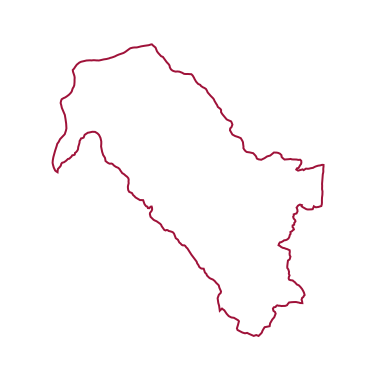 the district of Vitória do Xingu, Pará, Brazil, rotated 352°
{"feature_id": "56859067B39122810620309", "entity_name": "Vitória do Xingu", "entity_type": "district", "adm_level": 2, "iso_a3": "BRA", "parent_name": "Brazil", "parent_adm1": "Pará", "projection": "robinson", "projection_center": [-51.962, -3.173], "detail": "fine", "context": "isolated", "style": "outline", "palette": "rose", "viewbox_px": 384, "rotation_deg": 352, "n_neighbors": 0, "source": "geoboundaries", "source_scale": "gbopen_adm2", "svg_char_len": 5992}
<svg xmlns="http://www.w3.org/2000/svg" viewBox="0 0 384 384"><g transform="rotate(352 192 192)"><path d="M203.0,313.4L205.5,311.6L206.6,312.8L207.5,313.6L209.4,317.5L211.1,320.0L213.5,321.7L216.0,322.4L219.8,325.4L220.5,326.5L219.0,330.1L217.5,333.3L217.9,335.0L222.4,338.2L224.8,339.3L227.0,339.2L228.7,340.4L233.1,343.1L235.7,342.6L237.9,343.8L240.6,341.8L241.6,340.9L242.5,339.2L243.9,337.4L245.1,336.0L250.2,335.7L251.1,332.9L253.8,329.4L256.0,327.5L257.9,324.1L257.5,322.4L256.1,321.0L255.9,318.8L256.9,317.6L258.7,317.5L259.7,316.5L260.6,316.1L262.0,316.7L263.3,316.9L264.8,317.4L266.3,317.5L267.7,317.7L268.8,317.7L270.4,317.3L271.2,316.3L272.8,314.9L275.7,315.0L278.9,315.3L280.3,315.6L281.2,316.0L282.2,316.3L283.7,317.0L285.8,317.4L285.8,315.5L285.5,313.9L286.4,312.1L287.5,311.6L288.3,310.5L289.2,309.7L288.9,307.4L288.5,306.0L287.5,303.4L286.2,301.2L284.8,299.3L283.0,298.2L281.2,295.5L280.1,294.5L279.4,293.6L277.2,293.0L276.0,292.3L275.7,291.2L276.0,289.8L277.0,288.2L276.5,286.4L277.0,284.6L276.6,282.0L275.8,280.5L276.0,278.8L276.8,275.7L277.5,273.2L279.2,272.4L279.8,271.3L280.5,269.6L280.0,268.4L280.0,266.7L280.5,265.0L280.6,263.3L279.4,262.5L278.3,261.8L276.9,261.2L275.8,260.5L274.1,259.9L272.7,258.9L271.4,257.5L270.3,256.8L270.9,255.4L272.1,254.1L273.4,254.1L275.4,253.3L276.4,252.7L278.2,252.7L279.6,252.3L281.0,251.5L282.1,250.1L282.9,248.1L283.8,247.2L283.9,245.3L285.4,244.8L286.6,243.9L287.7,243.3L287.4,241.8L286.7,240.7L287.0,239.1L288.6,238.6L289.0,236.8L290.3,235.6L290.3,234.4L289.0,232.4L288.7,230.6L289.5,229.6L289.6,228.3L291.0,228.0L292.5,227.8L293.8,225.9L293.9,224.1L293.4,222.0L294.2,221.3L294.9,220.4L295.9,219.9L297.1,219.5L299.0,220.3L298.5,221.3L299.3,222.2L302.8,224.9L304.1,225.4L307.5,225.8L309.1,225.8L309.8,224.7L310.7,223.1L311.5,223.8L312.6,224.4L314.1,224.4L315.2,224.4L316.8,224.1L318.1,223.9L318.8,222.3L319.2,220.6L319.5,218.2L320.0,215.5L320.7,213.0L321.3,209.6L321.2,207.3L321.8,203.6L321.9,202.2L324.0,192.6L324.6,191.1L324.9,190.0L325.2,187.4L325.8,185.0L326.0,183.5L324.6,183.2L322.6,183.5L320.6,183.5L318.6,183.8L317.0,184.2L315.2,184.9L312.6,185.0L310.8,185.2L309.8,185.1L308.1,184.7L305.6,185.9L304.7,185.0L300.0,185.6L298.4,184.3L299.2,183.2L300.9,183.0L301.9,181.7L302.9,180.4L303.9,179.4L304.4,178.0L304.5,176.3L303.6,175.1L301.7,175.0L300.1,174.4L297.1,173.9L295.5,173.6L294.3,173.0L292.8,173.0L289.5,172.8L288.1,172.7L286.5,171.0L285.6,169.6L285.7,168.0L284.4,166.3L282.8,165.3L281.4,164.8L278.6,164.3L274.5,166.8L271.4,167.2L268.5,168.6L265.1,169.7L262.4,168.9L260.9,167.9L260.4,165.7L259.7,164.5L258.0,162.1L254.6,160.8L251.8,160.0L250.7,159.0L249.6,157.2L249.0,155.7L249.3,154.3L249.3,151.8L249.4,149.9L249.0,148.4L247.8,145.5L245.4,144.0L242.5,142.6L240.0,140.7L238.2,136.2L238.7,134.3L240.0,133.4L240.8,132.0L241.4,130.9L240.9,128.5L240.4,127.4L238.0,126.0L236.4,124.9L232.9,119.2L231.9,117.0L232.2,114.8L231.7,113.7L229.4,111.3L228.9,109.3L228.3,108.1L226.9,104.7L226.6,103.4L225.9,102.1L223.8,99.3L221.4,95.6L220.9,93.8L220.2,92.0L218.8,90.7L217.6,90.0L215.7,88.3L215.1,87.1L213.1,85.8L211.4,83.3L210.2,80.3L209.9,79.2L208.9,76.8L207.8,75.3L204.1,74.5L202.3,74.3L200.6,73.9L198.8,72.5L196.3,71.1L194.3,70.6L192.5,70.5L190.6,69.7L189.5,69.0L188.2,67.6L187.4,65.5L187.4,64.2L187.1,63.0L186.4,61.8L185.5,60.6L184.8,59.5L182.0,54.2L180.3,53.2L177.8,49.5L176.9,47.8L176.0,43.9L173.8,41.5L172.8,40.2L171.8,40.2L169.6,40.6L168.0,40.6L165.3,40.6L161.9,40.7L160.0,40.9L158.2,41.1L156.8,41.1L155.7,40.9L153.6,40.8L151.4,41.0L150.4,41.3L145.4,44.0L143.5,44.8L138.7,45.7L136.4,46.3L134.8,46.9L132.7,47.4L130.9,47.7L129.7,47.8L128.6,48.1L125.8,48.4L123.2,48.4L119.8,48.7L118.2,48.8L115.8,48.4L113.1,47.8L110.8,47.7L109.8,47.5L108.3,47.3L105.8,47.1L100.3,47.6L98.4,48.2L95.6,49.9L93.4,52.2L92.5,53.3L90.9,54.6L90.9,56.3L91.7,60.8L91.7,62.6L91.4,63.9L91.0,66.7L90.3,69.8L89.4,71.5L88.3,72.8L87.8,73.8L86.9,75.7L85.8,76.9L83.8,78.5L81.5,79.8L79.6,80.7L77.8,81.2L75.9,82.0L75.1,83.3L74.3,85.6L74.6,87.8L74.8,90.5L76.8,98.0L76.9,102.4L76.9,106.5L76.8,108.0L76.5,111.5L75.7,113.7L74.0,117.1L68.7,121.3L66.9,123.9L65.3,125.5L64.3,127.8L62.1,132.3L59.6,138.1L58.6,141.1L58.0,143.7L58.1,145.5L58.5,148.5L59.5,151.7L60.4,152.7L61.6,153.7L62.0,152.0L62.4,150.6L64.1,149.2L65.3,148.2L66.0,147.1L66.5,145.9L67.4,145.0L69.4,144.7L71.4,143.7L72.8,142.7L73.8,142.0L75.2,141.9L76.2,141.1L77.3,140.4L78.6,139.0L80.1,139.0L81.1,138.6L81.6,137.0L82.8,136.4L84.3,135.0L85.1,133.7L85.6,131.6L86.8,129.1L87.5,127.4L87.8,125.9L88.7,124.8L89.6,123.5L91.0,123.4L92.3,123.0L92.9,121.8L93.7,120.4L95.4,119.6L97.1,118.8L98.2,118.8L101.7,118.5L104.4,119.0L106.6,120.8L107.9,122.6L108.9,125.7L109.2,129.2L108.9,131.5L108.3,134.3L108.6,139.7L109.2,143.1L109.9,144.5L110.6,146.2L110.7,149.3L112.5,151.2L113.4,151.9L114.4,152.5L116.1,152.6L117.1,153.1L118.4,154.9L120.0,156.4L122.4,157.9L123.6,159.5L124.0,160.6L125.6,163.7L126.6,164.4L127.6,165.4L128.3,166.3L129.9,167.9L130.9,169.6L131.0,171.0L130.6,172.7L130.5,174.5L129.7,176.4L129.2,178.0L129.1,179.8L129.1,181.2L129.8,183.1L132.4,184.7L133.3,186.9L134.3,188.0L135.3,189.5L136.9,190.8L139.4,192.8L140.4,192.9L141.5,193.1L142.5,193.3L143.2,197.1L143.8,198.4L144.6,199.7L145.8,200.3L146.1,201.8L147.5,202.1L148.9,200.8L150.0,200.8L150.2,202.0L150.1,203.7L149.5,204.9L147.5,206.9L147.2,208.0L147.5,210.8L150.1,214.2L151.3,215.1L152.8,216.0L156.1,219.1L156.9,220.3L157.2,221.6L159.3,225.7L160.5,226.4L161.5,226.1L162.6,226.4L163.4,227.3L165.2,228.0L166.8,228.8L167.6,229.4L168.4,230.7L169.2,234.1L169.5,235.5L171.4,237.3L172.4,240.2L173.6,241.5L174.4,242.8L175.6,243.6L176.9,243.7L177.8,244.4L178.6,246.0L179.6,247.2L182.7,254.0L186.9,261.6L187.2,263.4L188.1,265.1L188.8,267.3L189.8,268.4L190.6,269.1L192.9,269.6L193.6,273.5L194.9,275.3L195.2,276.8L196.0,277.8L196.7,278.8L197.4,279.6L198.3,280.3L200.5,281.6L202.1,283.3L203.3,285.3L204.8,287.2L205.5,288.2L205.8,290.7L206.9,294.5L206.4,295.9L204.3,297.5L202.6,300.7L202.6,305.7L203.0,308.2L203.0,313.4Z" fill="none" stroke="#9f1239" stroke-width="2"/></g></svg>